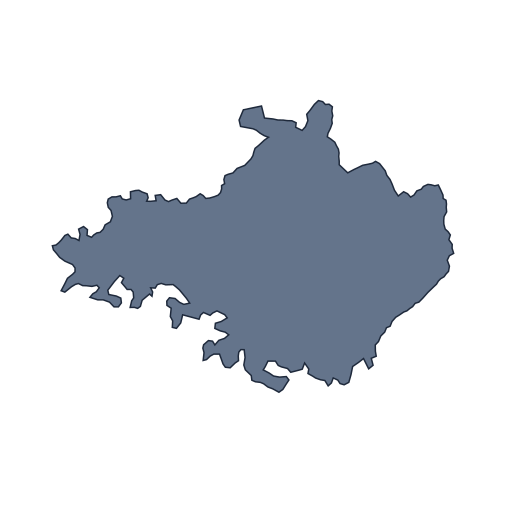 the district of Honório Serpa, Paraná, Brazil, rotated 347°
{"feature_id": "56859067B29869228450970", "entity_name": "Honório Serpa", "entity_type": "district", "adm_level": 2, "iso_a3": "BRA", "parent_name": "Brazil", "parent_adm1": "Paraná", "projection": "mercator", "projection_center": [-52.402, -26.16], "detail": "fine", "context": "isolated", "style": "filled", "palette": "slate", "viewbox_px": 512, "rotation_deg": 347, "n_neighbors": 0, "source": "geoboundaries", "source_scale": "gbopen_adm2", "svg_char_len": 4308}
<svg xmlns="http://www.w3.org/2000/svg" viewBox="0 0 512 512"><g transform="rotate(347 256 256)"><path d="M340.4,391.3L345.5,388.8L345.3,381.6L350.6,380.7L350.9,375.7L352.2,369.5L356.1,366.9L359.6,362.0L364.3,359.1L367.0,355.2L370.9,354.6L373.8,350.4L378.4,347.1L382.3,345.8L387.4,343.8L390.7,343.4L394.1,341.7L397.2,340.6L400.4,337.9L404.3,337.6L408.9,334.7L415.2,330.2L422.5,325.8L425.5,324.1L428.0,321.5L430.8,319.7L434.6,318.5L437.1,316.3L440.1,314.3L442.2,309.4L441.4,303.1L444.5,299.2L449.2,297.9L448.8,292.6L449.8,288.8L447.6,283.5L450.1,279.2L448.6,275.5L446.4,272.3L446.2,267.2L446.9,263.6L448.1,259.9L451.7,255.9L452.3,251.4L453.3,248.2L453.7,244.4L451.3,242.1L451.9,238.7L450.8,233.1L449.6,227.8L446.0,227.8L442.6,226.0L439.6,224.9L434.7,225.9L432.1,228.1L427.4,228.7L423.7,232.1L419.9,233.4L417.7,229.4L414.3,226.6L408.1,229.5L405.7,223.1L404.8,216.6L403.8,211.6L401.6,206.8L401.1,202.1L397.2,193.8L393.8,190.7L390.4,191.8L386.1,191.8L380.4,191.6L374.4,193.0L371.1,193.7L364.1,195.6L357.6,185.8L358.4,182.4L359.0,177.5L360.1,174.3L360.3,170.4L359.2,166.7L358.4,162.9L355.3,159.0L352.3,155.9L353.7,152.7L357.2,148.4L360.1,143.9L360.5,140.1L362.3,136.7L362.5,131.8L364.0,127.8L361.3,124.5L357.7,124.0L355.7,120.6L351.8,118.6L347.0,121.4L341.2,126.4L337.3,129.3L337.0,135.8L333.3,141.1L329.2,144.0L323.6,139.5L325.1,135.2L321.4,132.3L316.8,131.1L313.1,129.7L307.9,128.4L303.4,126.3L295.3,123.5L295.1,111.1L276.6,110.7L270.1,119.7L270.1,126.3L281.8,131.4L284.7,133.6L287.8,137.5L291.2,140.7L294.9,143.1L290.2,145.0L283.4,148.9L279.3,150.9L277.1,154.5L275.6,157.5L272.9,160.3L265.4,165.2L257.3,166.4L252.2,169.9L247.3,170.1L243.9,170.7L241.9,174.3L241.7,178.5L238.3,179.6L237.6,182.9L235.7,186.2L232.8,188.2L228.9,188.8L223.9,189.1L220.0,188.6L218.1,185.2L215.6,182.8L211.0,184.7L207.8,185.2L204.0,185.6L200.0,188.8L194.7,187.7L191.8,182.1L186.7,182.6L183.0,183.3L179.9,181.0L176.9,174.8L171.4,174.3L171.1,179.7L165.5,179.0L161.8,178.0L164.0,175.0L163.9,170.9L159.4,168.0L156.7,165.6L153.3,165.1L148.1,165.2L146.7,172.0L142.1,172.2L138.5,170.3L137.4,166.8L132.9,166.9L128.9,166.0L124.8,167.3L123.1,170.7L123.0,175.4L125.0,179.0L125.0,185.1L121.8,189.9L116.0,191.7L113.1,195.6L109.4,197.9L106.1,197.7L102.6,199.0L100.0,200.8L96.0,197.9L97.7,192.4L94.6,188.5L89.2,189.9L89.4,195.4L87.0,201.1L83.8,198.3L80.0,196.8L77.6,192.4L74.4,193.0L69.7,196.8L66.8,198.7L63.6,200.3L59.9,200.2L60.0,204.4L62.2,208.6L64.4,213.2L68.7,218.1L75.3,223.0L77.0,227.0L76.1,230.7L73.1,232.6L67.3,235.3L63.4,240.1L58.3,246.0L61.6,248.2L69.4,244.4L73.7,243.0L76.8,242.9L80.5,245.9L84.0,246.8L89.3,248.7L94.4,248.7L96.1,251.7L92.4,254.9L88.5,256.1L84.9,258.9L91.9,263.1L97.3,264.4L102.9,268.0L106.2,273.6L110.5,274.6L114.3,271.4L114.8,266.6L110.9,263.6L103.9,260.4L103.9,256.0L112.3,249.0L118.9,244.4L122.2,247.9L118.9,251.7L121.3,256.3L122.9,259.6L126.7,260.5L128.2,263.5L127.4,269.3L124.8,271.7L121.8,277.8L126.0,278.7L128.9,280.4L132.0,279.1L135.1,273.5L143.7,269.1L145.6,271.8L147.2,267.8L146.2,263.3L150.6,264.6L153.4,261.7L157.5,261.4L161.6,263.8L168.8,265.2L170.9,267.8L173.8,271.8L178.7,281.6L180.8,287.0L174.8,286.9L171.1,284.0L167.6,279.2L162.3,277.2L158.9,279.9L158.1,284.1L161.6,287.8L158.9,295.7L160.2,300.5L158.4,306.7L162.2,308.6L167.6,304.3L171.3,296.8L186.3,304.8L188.8,301.0L192.1,299.2L197.9,303.5L201.0,301.8L205.6,300.7L212.3,306.1L214.0,309.8L207.4,312.0L201.3,312.4L199.6,317.3L204.3,320.9L208.9,323.3L211.7,326.7L206.7,329.2L200.8,329.8L195.9,333.4L194.5,329.2L190.6,327.7L185.0,330.7L183.5,333.8L183.6,338.5L181.0,345.9L184.5,345.8L188.9,343.2L192.8,342.1L198.4,343.4L199.6,353.8L201.1,357.5L205.7,359.1L211.7,355.5L215.4,354.1L216.2,349.5L217.6,345.8L220.2,343.8L223.4,344.6L222.5,352.5L219.6,359.5L220.0,364.5L224.5,371.4L224.0,376.1L227.1,378.4L231.8,380.1L234.7,382.2L238.1,386.3L242.3,389.1L247.7,393.9L252.2,392.0L256.3,387.9L260.2,384.2L258.4,380.3L251.7,379.3L246.1,376.9L242.4,372.9L237.4,368.6L240.1,365.9L244.0,361.1L251.3,362.8L253.0,367.6L255.7,369.7L261.4,372.7L263.7,377.1L272.0,376.9L275.6,376.7L279.3,371.2L282.0,378.0L280.2,382.2L284.2,385.8L286.6,388.3L291.0,391.1L295.1,392.8L297.1,398.8L300.9,396.7L303.8,392.2L307.8,395.3L309.2,399.2L312.9,401.3L318.0,400.0L321.9,392.9L325.3,385.4L332.1,382.7L337.7,380.1L340.4,391.3Z" fill="#64748b" stroke="#1e293b" stroke-width="1.5"/></g></svg>